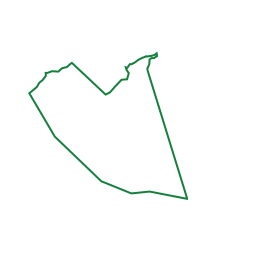 Sulphur Springs, Soufrière, Saint Lucia, rotated 56°
{"feature_id": "8701671B77198875782479", "entity_name": "Sulphur Springs", "entity_type": "district", "adm_level": 2, "iso_a3": "LCA", "parent_name": "Saint Lucia", "parent_adm1": "Soufrière", "projection": "mercator", "projection_center": [-61.049, 13.841], "detail": "fine", "context": "isolated", "style": "outline", "palette": "green", "viewbox_px": 256, "rotation_deg": 56, "n_neighbors": 0, "source": "geoboundaries", "source_scale": "gbopen_adm2", "svg_char_len": 747}
<svg xmlns="http://www.w3.org/2000/svg" viewBox="0 0 256 256"><g transform="rotate(56 128 128)"><path d="M78.6,73.1L78.3,75.1L78.3,75.6L77.8,76.6L77.4,80.2L77.3,81.4L77.3,81.9L77.5,85.6L77.1,89.2L77.0,89.6L76.1,90.8L77.8,95.1L76.5,95.9L79.0,96.7L83.0,96.7L87.1,101.6L86.3,102.9L84.4,106.4L86.4,115.4L88.4,123.1L87.7,127.9L81.4,129.3L42.7,138.1L42.6,139.4L43.3,144.5L41.6,149.2L42.3,154.2L38.4,159.3L37.3,164.0L36.3,165.4L38.8,166.9L40.5,171.9L40.9,176.3L43.0,180.6L43.7,187.1L44.0,190.4L94.2,193.5L157.3,179.9L184.1,161.8L192.8,145.6L219.7,118.7L219.2,118.3L91.0,79.5L89.2,78.4L89.2,78.2L87.2,74.9L83.2,71.7L83.2,69.3L84.6,67.5L84.6,63.7L82.1,62.5L82.3,64.9L81.5,67.8L78.9,73.2L78.6,73.1Z" fill="none" stroke="#15803d" stroke-width="2"/></g></svg>